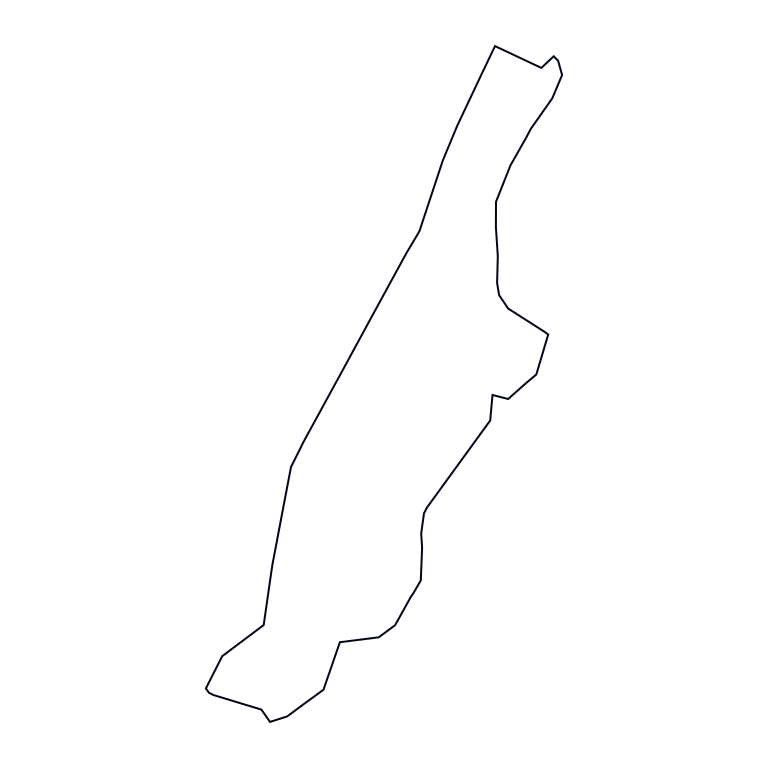 New York, New York, United States of America (Mercator projection)
{"feature_id": "52423323B68557587713523", "entity_name": "New York", "entity_type": "district", "adm_level": 2, "iso_a3": "USA", "parent_name": "United States of America", "parent_adm1": "New York", "projection": "mercator", "projection_center": [-73.969, 40.781], "detail": "fine", "context": "isolated", "style": "outline", "palette": "ink", "viewbox_px": 768, "rotation_deg": 0, "n_neighbors": 0, "source": "geoboundaries", "source_scale": "gbopen_adm2", "svg_char_len": 923}
<svg xmlns="http://www.w3.org/2000/svg" viewBox="0 0 768 768"><path d="M548.2,334.6L545.3,332.3L508.2,308.6L499.1,295.1L497.1,282.9L497.8,256.1L495.9,227.1L496.0,201.8L510.5,165.3L526.0,138.0L530.9,128.7L552.3,98.3L562.1,75.0L558.1,60.7L553.7,56.3L541.3,67.9L495.0,46.1L483.2,70.9L483.0,71.2L457.3,125.6L442.8,160.5L419.4,231.3L407.3,251.6L407.0,252.1L402.0,261.2L399.0,266.7L367.0,325.4L364.8,329.5L356.3,345.1L341.7,372.0L322.4,407.3L320.2,411.4L304.9,439.3L302.7,443.5L301.0,447.0L291.0,467.0L283.0,508.9L275.8,546.9L272.5,564.2L272.4,564.8L271.4,571.4L263.7,625.0L222.2,656.2L205.9,688.4L208.8,692.6L213.3,695.0L261.4,709.6L270.0,721.9L287.2,716.4L304.6,703.5L323.5,689.7L339.9,642.2L378.7,637.3L395.1,625.2L411.0,596.6L413.4,593.2L420.8,580.4L422.1,547.9L421.2,533.4L424.0,513.3L427.0,507.5L490.2,420.5L492.5,395.0L508.1,399.0L526.5,382.7L536.3,374.5L548.2,334.6Z" fill="none" stroke="#020617" stroke-width="2"/></svg>